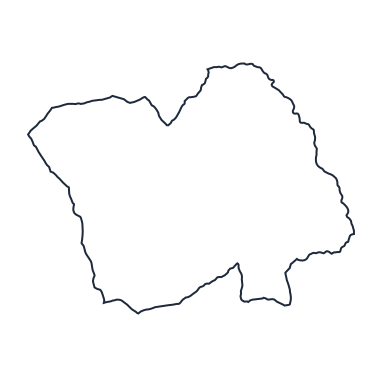 Kalidzingkha, Daga, Bhutan, rotated 354°
{"feature_id": "84629894B31642600341684", "entity_name": "Kalidzingkha", "entity_type": "district", "adm_level": 2, "iso_a3": "BTN", "parent_name": "Bhutan", "parent_adm1": "Daga", "projection": "robinson", "projection_center": [89.878, 27.0], "detail": "fine", "context": "isolated", "style": "outline", "palette": "slate", "viewbox_px": 384, "rotation_deg": 354, "n_neighbors": 0, "source": "geoboundaries", "source_scale": "gbopen_adm2", "svg_char_len": 5957}
<svg xmlns="http://www.w3.org/2000/svg" viewBox="0 0 384 384"><g transform="rotate(354 192 192)"><path d="M167.2,301.9L168.8,300.9L170.0,299.6L171.6,298.1L173.6,297.0L174.6,296.3L176.4,296.2L177.3,296.1L179.5,295.2L182.9,293.1L185.2,291.9L186.6,290.9L187.8,289.7L188.9,288.3L189.8,287.7L190.7,287.3L192.9,286.9L194.0,286.3L194.8,285.5L195.5,285.0L196.8,284.7L198.2,284.7L199.3,285.0L201.8,283.5L203.6,282.6L205.4,282.1L206.3,281.4L208.2,279.6L209.2,279.4L210.6,279.4L212.2,279.7L216.0,278.2L218.8,276.2L219.4,275.6L219.7,274.5L220.2,273.7L221.2,272.9L221.9,272.2L224.7,271.8L225.7,271.1L226.7,270.0L227.7,269.3L228.3,268.6L229.6,267.7L230.4,268.4L230.7,269.3L230.6,270.3L230.5,271.0L230.4,272.7L230.9,274.2L231.2,275.7L232.3,278.0L232.8,279.7L232.8,282.1L232.4,283.9L232.4,289.4L232.3,290.7L230.9,294.2L230.4,295.2L230.2,296.0L230.2,298.1L229.4,300.6L229.4,301.7L229.8,304.0L230.2,304.6L230.8,305.3L231.7,305.7L232.5,306.5L235.4,306.6L236.4,307.3L237.2,306.8L238.5,305.9L240.7,305.4L249.6,305.3L251.2,305.2L252.1,304.7L254.0,305.4L255.6,306.6L256.6,307.0L260.7,306.9L262.7,307.6L264.9,309.9L271.2,313.8L272.2,314.6L275.9,314.4L276.8,314.3L277.6,313.9L278.2,312.0L278.9,309.9L279.3,307.3L279.3,304.4L279.0,301.5L279.1,299.4L278.2,294.0L277.0,289.0L277.0,288.0L276.6,284.9L276.4,282.0L281.2,277.9L282.8,274.0L284.9,272.7L289.4,269.5L290.3,270.5L292.3,271.2L294.6,271.7L296.5,271.6L298.4,270.9L299.0,270.5L299.9,269.5L301.9,266.8L302.5,266.4L303.8,266.1L304.4,265.8L306.3,265.2L308.9,265.8L309.6,265.8L310.2,265.5L310.8,265.3L312.1,265.2L312.8,265.3L314.1,265.7L315.9,266.5L316.5,266.7L317.2,266.5L318.3,265.7L319.5,265.1L320.1,265.0L321.4,265.5L322.0,265.8L324.0,267.7L324.6,268.0L325.1,267.6L325.7,267.3L326.4,267.2L326.9,266.9L328.9,267.0L330.2,266.9L332.2,267.1L332.9,266.9L333.3,266.4L333.8,265.1L334.0,264.4L334.6,263.2L335.7,262.4L337.6,261.7L338.1,261.2L339.5,258.8L340.0,258.4L340.6,258.1L341.3,258.1L341.9,258.0L342.3,257.4L342.7,256.1L343.3,254.8L344.1,252.9L344.8,251.8L346.0,251.1L346.7,250.9L348.7,250.7L349.0,247.4L348.1,242.2L347.3,240.2L347.1,237.3L345.6,234.7L343.8,233.2L343.2,231.4L345.2,228.7L345.5,226.7L345.0,224.6L344.1,222.8L342.9,221.1L341.2,219.1L339.7,218.0L339.6,217.0L339.7,215.9L340.8,213.9L341.1,211.9L339.7,208.9L339.4,208.4L339.0,206.1L339.1,203.6L338.5,201.8L337.8,201.2L337.4,200.2L337.6,197.1L337.4,195.9L337.1,194.6L336.6,193.4L335.3,191.9L333.5,190.0L331.6,188.8L329.7,187.9L326.3,185.7L325.8,185.3L324.3,182.8L323.9,182.4L323.1,181.9L321.9,181.1L320.5,179.8L319.9,179.1L319.2,177.7L318.9,177.0L318.6,175.5L318.5,174.5L318.6,172.5L318.9,170.5L319.7,168.2L319.8,167.4L320.0,165.2L320.6,162.5L320.6,161.9L320.4,161.3L319.2,158.9L318.9,157.9L318.8,156.9L318.7,156.1L318.8,155.4L319.5,153.9L319.8,152.8L320.1,151.1L320.1,149.8L319.5,146.2L319.6,143.1L319.1,142.4L317.7,141.3L316.7,140.2L316.1,139.1L315.6,137.9L315.2,137.3L314.8,136.8L312.7,136.0L311.5,135.3L310.7,134.9L308.6,134.7L307.3,134.4L306.7,133.6L306.6,133.0L306.7,129.7L306.0,125.9L305.3,125.1L304.0,124.8L302.5,124.9L301.7,124.5L301.2,124.2L300.7,123.2L300.7,122.5L300.8,121.9L302.1,119.5L302.5,118.3L302.6,117.6L302.5,116.8L301.6,114.4L301.2,113.1L300.9,112.4L300.4,111.2L299.4,110.1L297.6,108.7L296.1,107.8L294.2,107.1L293.7,106.7L293.1,105.7L292.5,104.4L290.2,101.5L289.3,100.2L288.8,99.7L285.7,97.3L283.2,95.5L282.8,94.9L282.6,94.3L282.4,93.7L283.0,92.6L284.4,91.5L284.8,91.1L285.0,90.3L284.8,89.6L284.1,89.0L282.9,88.9L282.3,88.8L281.0,88.0L280.5,87.6L280.2,87.1L279.9,86.6L279.4,84.3L279.2,83.6L278.7,82.9L277.8,81.9L276.6,81.4L275.9,80.6L274.9,79.0L273.9,76.8L273.2,75.7L272.6,75.3L272.0,75.0L271.0,74.9L270.3,74.7L266.9,73.0L266.2,72.1L265.9,71.3L265.0,70.9L264.4,70.7L263.7,70.6L261.0,70.9L260.0,70.9L259.3,70.8L258.7,70.6L257.4,69.6L256.1,69.6L254.4,69.4L253.1,69.5L251.6,69.7L249.2,70.8L247.6,71.9L247.1,72.1L246.1,72.5L244.0,72.9L243.2,72.9L242.3,72.6L241.5,72.2L239.3,70.8L238.1,70.3L237.2,70.4L235.0,71.0L234.3,71.1L233.8,71.0L232.5,70.4L231.7,70.2L229.2,70.4L227.3,70.1L226.7,70.1L220.3,71.6L220.8,72.6L221.1,74.8L220.4,76.7L220.1,78.9L219.0,80.1L217.7,81.0L216.9,83.4L216.0,85.3L214.7,86.1L213.0,86.8L211.9,89.3L211.3,91.7L209.9,93.1L208.1,94.7L206.8,96.4L205.9,97.2L203.6,97.5L200.5,97.6L198.9,97.5L197.7,98.0L196.3,99.2L194.2,100.9L194.1,102.7L193.5,103.8L192.2,104.4L190.7,106.0L189.6,107.8L187.7,111.0L185.7,113.8L184.0,116.1L181.9,118.0L179.5,119.1L178.0,121.3L175.3,123.2L173.8,122.9L173.3,121.9L169.2,117.1L167.1,112.8L166.7,109.4L165.2,106.2L163.3,103.2L161.0,101.5L158.9,96.7L157.3,95.2L155.4,92.7L154.4,92.6L152.3,93.4L150.0,94.6L144.0,96.4L139.7,96.9L137.1,95.6L134.0,92.6L122.9,88.1L120.1,89.5L111.9,90.9L109.9,90.7L102.0,90.9L99.7,91.5L98.2,91.6L95.9,92.0L94.2,92.6L90.4,92.8L89.3,92.2L87.6,92.0L85.5,92.4L82.2,91.8L77.8,91.4L74.2,91.9L68.6,93.1L65.3,93.3L63.5,93.6L61.4,93.7L60.5,94.9L59.4,96.2L56.5,99.1L54.8,101.3L52.6,103.9L50.1,105.4L48.1,106.0L44.3,109.8L40.4,112.4L37.8,114.3L35.9,116.7L35.0,117.6L36.0,119.9L37.6,122.1L38.5,124.6L39.7,129.1L41.5,130.7L43.6,136.1L45.9,140.7L48.7,145.9L49.4,147.8L50.8,150.3L52.5,152.1L53.5,157.0L56.0,158.2L58.4,160.9L59.9,163.1L61.5,164.8L64.5,168.9L68.3,173.3L70.0,174.5L69.7,181.0L70.2,183.6L70.9,185.6L72.2,190.4L73.4,191.8L72.3,195.7L72.1,197.7L72.3,199.1L72.9,200.8L74.4,202.4L76.7,203.9L78.3,205.0L78.9,206.5L79.6,210.9L79.6,213.4L79.2,219.8L78.8,222.5L77.9,227.2L76.8,231.4L77.5,232.5L78.5,234.1L78.9,235.8L79.2,238.0L79.5,240.2L80.2,242.5L84.1,250.1L84.6,251.9L85.0,259.1L86.2,263.5L86.4,265.0L85.0,267.4L84.2,270.2L84.4,272.4L85.1,276.7L87.4,278.4L90.6,279.7L91.6,281.7L92.1,283.4L93.3,289.2L93.4,290.8L92.7,293.1L95.1,292.6L99.4,292.3L101.8,291.7L103.8,291.6L105.4,291.2L107.2,291.3L109.4,291.9L110.6,292.5L115.9,297.4L117.2,299.1L120.1,302.5L123.7,305.3L124.6,306.4L125.9,307.2L128.4,305.6L130.7,304.8L133.7,304.2L137.5,304.1L138.6,303.9L141.3,303.3L143.2,302.7L156.9,302.1L159.5,302.1L162.2,302.0L165.0,301.7L167.2,301.9Z" fill="none" stroke="#1e293b" stroke-width="2"/></g></svg>